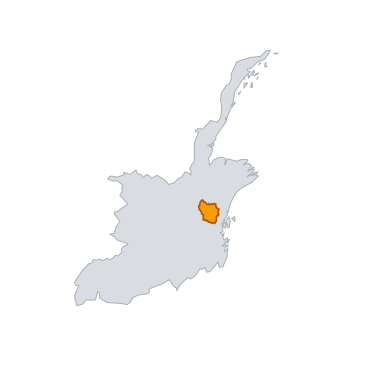 Thayet, Magway, Myanmar shown in context, rotated 221°
{"feature_id": "60261553B17186200244276", "entity_name": "Thayet", "entity_type": "district", "adm_level": 2, "iso_a3": "MMR", "parent_name": "Myanmar", "parent_adm1": "Magway", "projection": "orthographic", "projection_center": [95.047, 19.416], "detail": "fine", "context": "in_parent", "style": "filled", "palette": "amber", "viewbox_px": 384, "rotation_deg": 221, "n_neighbors": 0, "source": "geoboundaries", "source_scale": "gbopen_adm2", "svg_char_len": 7788}
<svg xmlns="http://www.w3.org/2000/svg" viewBox="0 0 384 384"><g transform="rotate(221 192 192)"><path d="M248.6,171.7L244.8,169.9L242.0,171.7L237.8,171.2L238.3,174.9L235.9,176.2L231.7,175.9L229.2,181.7L220.4,183.3L214.5,182.4L211.4,187.4L211.2,193.2L209.7,196.6L210.4,202.6L206.7,204.2L204.3,203.9L205.6,206.6L208.6,207.8L210.5,213.9L210.0,216.3L222.3,230.4L226.2,241.5L229.1,239.9L230.0,241.0L228.9,244.0L225.2,246.4L224.8,258.2L218.7,261.2L218.9,265.1L219.7,267.9L225.3,275.7L231.5,280.9L235.0,286.6L235.8,294.9L234.9,298.4L236.6,303.4L239.8,306.6L243.6,319.7L236.6,331.5L229.3,339.3L228.5,347.4L226.1,350.1L225.0,347.6L224.3,339.2L227.8,333.8L228.8,323.4L231.1,321.1L229.9,320.1L227.0,320.9L227.9,312.5L226.3,312.2L227.6,310.3L225.7,296.4L220.0,286.6L219.1,282.3L218.4,288.1L217.7,287.0L217.4,279.2L214.1,270.8L214.4,270.0L215.9,270.8L214.5,268.9L213.4,269.3L212.4,267.3L210.5,249.7L208.4,247.2L209.1,239.6L210.6,237.7L204.8,238.5L202.0,232.2L201.8,228.6L195.9,223.4L196.9,225.1L195.9,226.8L196.9,229.8L194.6,235.4L192.2,238.0L189.1,239.0L186.6,237.4L186.0,234.5L185.0,234.5L187.3,240.1L178.0,244.9L176.6,248.2L171.8,252.7L170.3,252.1L171.0,246.2L168.2,250.9L164.3,251.0L163.5,244.7L161.9,248.4L159.6,249.5L160.3,239.0L159.7,242.0L155.9,246.2L152.3,247.5L153.1,238.9L158.0,225.1L158.4,220.6L155.9,209.6L151.6,200.4L152.8,200.3L150.0,197.6L149.6,190.8L147.9,193.2L147.7,197.5L144.0,195.2L140.6,189.3L142.0,188.7L146.0,191.6L148.2,190.0L148.9,188.1L142.6,182.2L144.1,179.9L142.1,179.9L136.7,177.1L135.2,177.5L135.9,180.0L134.7,180.7L132.7,176.9L134.2,175.1L132.9,175.0L133.8,171.7L133.3,171.2L130.7,175.6L129.3,174.5L130.9,172.3L130.3,171.0L128.0,168.4L128.2,173.0L122.7,165.6L119.6,155.6L122.1,153.1L126.4,156.1L126.2,143.8L128.1,141.2L132.5,143.4L133.8,140.3L135.6,139.5L134.5,131.1L135.9,125.6L138.9,124.8L139.6,120.4L140.1,114.4L138.7,107.8L141.4,109.4L144.4,108.8L151.4,111.1L154.1,103.4L160.7,90.9L158.3,88.0L158.7,86.2L164.4,79.7L167.4,73.8L166.1,68.5L167.3,64.2L172.5,61.4L183.7,52.7L192.0,51.4L195.5,54.8L197.8,55.1L194.2,47.0L201.1,40.9L200.8,36.1L204.0,31.0L205.9,31.2L207.6,33.6L209.4,33.6L212.7,37.2L216.1,47.3L218.4,45.4L221.5,46.8L223.3,61.8L222.7,70.6L220.9,72.7L222.4,76.2L219.4,77.6L217.5,81.1L214.5,81.4L212.5,86.3L209.6,87.0L208.0,90.8L208.4,93.7L206.0,95.3L205.3,100.3L207.4,102.2L208.2,104.8L206.0,110.3L207.9,110.5L216.2,106.7L222.1,107.3L226.0,106.3L223.6,110.1L226.2,114.9L226.9,122.4L235.8,124.3L237.3,126.2L235.4,128.5L232.7,140.7L244.3,142.1L244.9,146.8L247.4,148.4L247.8,151.0L249.4,151.8L255.7,151.4L259.3,148.1L264.0,146.6L264.4,149.2L263.4,151.2L258.2,154.1L254.9,159.8L254.7,161.0L256.4,162.0L250.4,164.5L248.6,171.7ZM144.2,186.0L148.0,188.3L147.3,190.0L144.9,190.1L143.1,187.1L144.2,186.0ZM221.3,304.8L223.9,308.3L221.4,310.7L221.3,304.8ZM143.7,201.2L141.7,199.9L140.4,198.0L144.6,198.0L143.7,201.2ZM225.1,319.8L225.2,324.3L223.6,323.9L222.6,320.0L225.1,319.8ZM158.0,247.5L155.4,250.5L155.0,247.9L158.6,244.3L158.0,247.5ZM208.2,243.2L206.6,242.3L206.4,239.6L207.6,238.8L208.5,240.1L208.2,243.2ZM220.0,325.5L219.7,324.0L221.3,320.2L221.1,323.5L220.0,325.5ZM219.2,334.1L221.4,337.5L221.0,338.2L219.0,335.5L217.7,335.7L219.2,334.1ZM226.5,317.1L224.2,318.2L224.1,315.0L226.5,317.1ZM221.5,350.0L218.5,353.0L218.9,351.3L221.5,350.0ZM132.0,177.4L133.0,181.2L131.3,176.7L132.0,177.4ZM221.3,297.5L221.2,300.4L220.4,295.8L221.3,297.5ZM140.6,180.2L141.0,182.6L139.4,179.2L140.6,180.2ZM218.5,313.9L216.8,312.6L217.3,311.5L218.2,311.7L218.5,313.9ZM217.2,309.8L216.2,311.8L215.1,310.6L215.9,309.8L217.2,309.8ZM217.6,321.1L217.7,322.8L216.4,319.0L217.6,321.1ZM162.0,251.0L160.8,250.9L162.4,249.0L162.5,249.7L162.0,251.0ZM225.6,334.3L224.5,334.0L225.3,332.1L225.6,334.3Z" fill="#d9dde1" stroke="#a8b0b8" stroke-width="1"/><path d="M178.3,187.8L178.1,187.7L177.9,187.6L177.7,187.4L177.5,187.2L177.3,186.8L177.2,186.7L177.3,186.6L177.2,186.2L177.2,185.8L177.3,185.7L177.1,185.6L177.2,185.4L177.3,185.4L177.2,185.3L177.2,185.1L176.9,184.9L176.6,184.7L176.4,184.6L176.2,184.5L176.0,184.2L175.9,184.2L175.5,184.2L175.2,183.9L175.2,183.7L175.1,183.9L174.9,184.0L174.7,183.8L174.7,183.7L174.6,183.8L174.4,183.9L174.1,183.8L173.9,183.7L173.7,183.8L173.0,183.4L172.6,183.1L172.0,182.8L171.6,182.6L170.7,182.4L170.4,182.3L170.2,181.7L169.9,181.8L169.5,182.0L168.6,182.2L168.3,182.3L167.9,182.2L167.9,181.9L167.7,181.1L167.4,180.8L167.3,180.5L166.9,180.2L166.7,180.2L166.1,180.1L165.9,179.7L166.2,179.2L165.9,178.8L165.6,178.7L165.4,178.6L165.4,178.4L165.2,178.5L165.1,178.8L164.9,178.7L164.8,178.8L164.6,178.8L164.4,178.9L164.3,178.7L164.2,178.7L164.0,178.8L163.8,179.1L163.6,179.2L163.6,179.3L163.3,179.4L163.0,179.6L162.9,179.6L163.0,179.7L163.0,179.8L162.9,179.8L162.6,179.8L162.6,180.0L162.5,180.3L162.4,180.4L162.1,180.5L162.1,180.4L161.8,180.2L161.6,180.1L161.3,180.4L160.9,180.4L160.9,180.5L160.7,180.5L160.3,180.6L160.1,180.4L160.0,180.2L159.9,180.3L159.7,180.1L159.4,180.3L159.5,180.5L159.2,180.7L158.9,180.9L158.7,180.9L158.7,181.0L158.5,181.3L158.3,181.5L158.2,181.5L157.7,181.5L157.7,181.4L157.4,181.4L157.3,181.2L157.2,181.3L156.9,181.5L156.6,181.7L156.4,181.7L156.2,181.6L155.9,181.8L155.9,182.0L156.0,182.4L155.7,182.4L155.6,182.6L155.4,182.8L155.5,182.9L155.3,182.9L155.2,183.0L154.8,183.1L154.6,183.1L154.6,183.3L154.4,183.4L154.2,183.2L154.1,183.3L154.3,183.9L154.4,184.0L154.5,184.2L154.4,184.4L154.4,184.6L154.4,184.8L154.6,185.0L154.6,185.4L154.6,185.6L154.6,185.8L154.5,186.0L154.8,186.4L155.0,186.5L155.2,186.9L155.3,187.0L155.6,187.3L155.7,187.2L155.9,187.5L156.0,187.6L156.0,187.8L156.2,188.2L156.4,188.2L156.5,188.3L156.6,188.5L156.8,188.7L157.1,189.0L157.3,189.4L157.2,189.5L157.3,189.7L157.5,189.9L157.6,190.2L157.5,190.5L157.5,190.8L157.3,190.7L157.2,190.9L156.8,190.9L156.7,191.2L156.8,191.2L156.8,191.5L156.9,191.8L157.0,191.9L157.0,192.0L157.1,192.3L157.1,192.5L157.3,192.7L157.5,192.7L157.5,192.8L157.6,193.2L157.8,193.2L158.0,193.3L158.2,193.2L158.3,193.1L158.6,193.2L158.7,193.5L158.8,193.6L159.0,193.8L159.2,194.1L159.4,194.2L159.6,194.3L159.6,194.5L159.8,194.9L160.1,195.2L160.1,195.4L160.0,195.5L159.8,195.5L159.9,195.8L160.0,195.9L160.0,196.1L160.2,196.3L160.3,196.5L160.4,196.3L160.5,196.4L160.9,196.5L160.9,196.4L161.0,196.2L161.4,196.1L161.5,196.2L161.5,196.3L161.8,196.3L162.0,196.2L162.2,196.3L162.2,196.2L162.3,196.2L162.5,196.2L162.8,196.2L162.9,196.3L163.1,196.4L163.2,196.5L163.3,196.4L163.3,196.5L163.5,196.6L163.6,196.8L163.8,196.9L164.0,196.9L164.1,197.0L164.0,196.9L164.3,196.9L164.6,196.8L164.7,197.0L165.1,197.1L165.1,197.3L165.3,197.3L165.6,197.6L165.7,198.1L165.9,198.3L166.1,198.6L166.5,198.5L166.5,198.4L166.6,198.2L166.8,198.2L167.0,198.2L167.5,198.1L167.7,197.8L167.8,197.8L167.8,197.7L167.6,197.4L167.6,197.0L167.8,196.9L167.8,196.7L168.1,196.6L168.2,196.4L168.3,196.4L168.8,196.4L168.9,196.1L169.0,196.0L169.5,195.8L169.8,195.8L169.9,195.7L169.9,195.4L169.8,195.2L169.7,194.9L169.8,194.7L169.7,194.6L170.0,194.4L170.3,194.2L170.7,194.0L170.8,194.1L171.1,194.2L171.4,194.0L171.5,194.0L171.4,193.9L171.6,193.7L171.7,193.4L171.9,193.3L172.0,193.2L172.0,192.9L172.2,192.7L172.3,192.7L172.5,192.6L172.8,192.6L172.8,192.8L173.0,192.8L173.2,192.7L173.3,192.7L173.6,192.6L173.9,192.7L174.1,192.7L174.2,192.8L174.3,192.9L174.5,192.8L174.7,192.7L174.8,192.8L175.0,192.9L175.4,193.1L175.6,193.1L175.8,192.9L176.2,192.9L176.4,192.8L176.5,192.7L176.8,192.5L176.8,192.4L176.9,192.5L177.0,192.5L177.4,192.6L177.5,192.6L177.8,192.8L178.0,192.8L178.1,192.7L178.2,192.8L178.3,192.8L178.5,193.0L178.8,193.0L178.8,192.7L178.7,192.5L178.8,192.3L178.9,192.2L179.0,191.9L179.3,191.8L179.1,191.5L179.2,191.4L179.3,191.3L179.2,190.8L179.3,190.7L179.3,190.4L179.3,190.1L179.1,189.7L178.8,189.5L178.6,189.1L178.7,188.9L178.6,188.6L178.6,188.3L178.6,188.2L178.3,187.9L178.3,187.8Z" fill="#f59e0b" stroke="#b45309" stroke-width="1.5"/></g></svg>